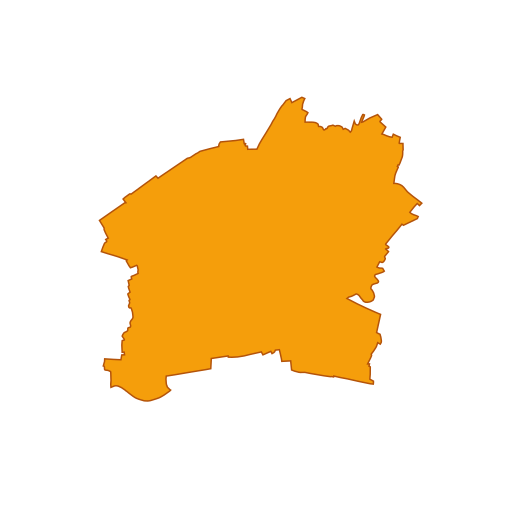 outline of Thai Binh, Thái Bình, Vietnam, rotated 23°
{"feature_id": "81297802B85054848055124", "entity_name": "Thai Binh", "entity_type": "district", "adm_level": 2, "iso_a3": "VNM", "parent_name": "Vietnam", "parent_adm1": "Thái Bình", "projection": "orthographic", "projection_center": [106.35, 20.453], "detail": "fine", "context": "isolated", "style": "filled", "palette": "amber", "viewbox_px": 512, "rotation_deg": 23, "n_neighbors": 0, "source": "geoboundaries", "source_scale": "gbopen_adm2", "svg_char_len": 6090}
<svg xmlns="http://www.w3.org/2000/svg" viewBox="0 0 512 512"><g transform="rotate(23 256 256)"><path d="M225.8,97.8L223.0,101.2L221.7,106.4L221.1,108.0L220.5,110.9L220.1,113.6L219.7,117.0L219.6,119.8L219.3,122.6L218.8,125.3L218.5,129.2L217.1,139.0L215.9,146.6L215.3,151.4L215.1,157.3L206.7,161.0L205.2,158.2L203.3,158.8L202.1,157.6L202.6,157.2L202.7,156.9L202.7,156.7L202.3,156.6L201.2,157.1L198.9,153.5L192.2,157.6L178.7,164.9L178.5,166.0L178.3,167.1L178.5,168.8L178.9,169.8L171.8,175.1L163.6,181.5L163.0,182.4L162.0,184.0L160.8,185.3L157.2,190.8L156.5,191.5L154.6,192.9L137.1,220.0L135.4,222.7L132.6,221.4L116.9,247.8L115.8,248.0L115.4,248.3L112.4,253.3L111.4,255.5L115.4,257.8L114.3,258.5L106.7,270.5L98.0,284.4L104.9,289.3L105.2,289.5L105.8,290.9L106.1,291.3L108.5,293.6L113.0,297.3L111.2,299.5L112.7,300.5L112.9,301.0L112.8,301.5L111.9,302.7L111.6,303.7L111.6,305.2L111.6,307.9L111.9,312.4L118.5,311.8L124.4,311.1L129.3,310.6L138.9,310.0L138.5,311.2L142.9,314.6L145.0,315.9L146.6,314.5L149.8,311.2L150.5,311.4L153.0,314.9L153.2,316.1L153.6,317.1L154.3,318.1L151.3,321.5L149.6,323.1L149.3,323.5L149.2,323.8L149.3,324.0L150.6,325.7L147.9,328.6L150.7,332.5L150.7,332.9L150.3,333.9L151.2,335.2L154.2,338.5L152.9,340.8L152.9,341.1L153.1,341.4L154.9,343.4L156.5,344.8L157.0,345.3L157.0,345.6L156.5,346.4L156.6,346.7L157.8,348.1L158.0,348.5L158.1,349.3L158.1,351.2L158.2,351.8L158.6,352.3L158.9,352.8L159.6,353.1L159.9,353.2L161.0,352.7L161.3,352.7L161.8,353.1L164.2,355.9L165.7,358.5L166.5,360.0L166.8,360.8L166.8,361.3L166.7,362.5L166.2,364.1L166.0,365.7L166.1,366.5L166.4,367.2L167.7,368.9L168.0,369.5L168.1,370.5L167.7,371.0L166.6,371.8L166.3,372.2L166.4,373.1L167.0,374.4L166.9,375.2L166.1,376.4L164.8,377.8L164.4,378.6L164.1,380.6L164.1,381.8L164.1,382.0L164.6,382.4L166.8,383.8L167.4,384.3L167.6,384.6L167.5,384.9L167.3,385.1L165.9,386.1L166.2,387.2L167.3,390.4L170.4,396.9L172.2,396.0L173.6,398.3L171.1,399.5L172.2,404.3L164.6,407.1L156.9,409.8L157.8,412.3L158.4,416.9L159.0,416.8L159.4,416.9L159.7,417.2L160.9,419.5L161.3,419.8L161.6,419.9L162.1,419.8L164.2,419.2L165.4,419.1L167.1,419.2L167.5,419.4L168.3,421.0L171.2,427.3L172.4,430.8L173.8,433.6L176.3,431.1L177.1,430.5L178.5,429.9L180.1,429.6L183.6,429.7L187.6,430.5L188.7,430.9L189.9,431.1L192.6,431.9L197.8,433.2L200.1,433.6L201.5,433.7L204.4,433.6L209.6,433.0L210.5,432.7L212.4,432.0L213.5,431.5L215.4,430.3L220.0,426.4L222.1,424.5L223.4,423.0L225.7,419.9L227.5,417.0L229.4,413.9L229.8,412.8L229.1,412.7L226.3,411.6L225.4,411.1L224.6,410.1L224.0,409.6L223.1,408.2L221.2,404.5L220.3,401.6L227.9,396.9L240.7,388.7L254.0,380.3L258.4,377.4L254.9,367.8L269.4,358.9L270.0,359.9L273.2,358.7L278.5,356.1L284.1,352.6L289.3,348.7L298.4,342.2L301.0,344.3L306.9,338.0L308.9,339.6L310.1,338.0L310.4,337.3L310.6,336.8L310.6,335.1L314.1,333.1L316.6,336.5L319.7,340.9L320.9,342.9L328.9,339.0L333.3,347.0L336.5,346.9L340.7,346.3L342.2,345.9L346.5,344.0L352.3,342.8L365.4,339.7L371.7,338.0L372.8,337.4L374.7,337.0L374.5,336.1L381.2,334.9L388.0,333.4L399.0,331.4L411.0,329.0L414.0,328.1L413.7,326.9L413.0,325.3L408.9,324.9L407.4,320.4L404.6,313.6L404.3,313.3L403.1,313.3L402.6,311.0L400.9,311.7L401.3,305.2L401.3,303.3L401.3,302.6L401.1,302.1L400.4,301.3L401.3,297.9L402.0,294.0L402.2,292.3L401.9,288.2L404.8,288.6L405.0,287.1L405.0,286.5L404.8,285.7L404.5,285.0L402.6,281.9L401.3,280.3L400.8,279.6L398.2,279.5L396.9,279.3L393.5,261.1L387.3,261.1L377.5,260.9L368.0,260.5L356.3,259.6L357.2,257.8L358.1,257.0L359.1,256.3L360.3,255.1L362.0,253.1L362.9,251.9L363.2,251.7L365.0,251.7L366.4,252.1L369.1,253.8L371.3,254.8L372.1,255.4L373.0,255.7L374.7,255.8L376.6,255.1L378.6,253.8L379.9,252.5L381.0,250.9L381.1,250.4L381.0,247.4L380.7,246.6L378.7,244.0L376.7,242.4L375.6,241.7L374.6,241.3L374.4,241.1L374.1,240.1L374.0,239.1L374.0,238.4L374.1,237.4L374.3,237.0L374.6,236.6L375.7,235.5L378.3,233.4L378.8,232.4L378.8,232.0L378.7,231.5L378.4,231.2L377.5,230.6L376.2,229.9L374.6,229.3L373.4,228.6L373.0,228.1L372.9,227.4L373.0,226.8L373.7,225.9L374.8,225.1L378.4,221.9L379.6,220.6L380.0,219.8L378.9,219.0L377.5,217.9L376.6,218.0L374.6,218.8L373.0,219.0L371.6,218.9L372.1,213.0L374.5,212.7L375.0,212.4L375.3,212.0L375.6,211.5L376.0,210.1L376.1,208.1L375.9,207.7L374.9,206.8L374.7,206.5L374.6,206.0L376.3,200.2L374.6,199.5L373.0,199.1L372.6,198.9L372.7,198.6L374.7,197.1L374.9,196.7L374.9,196.4L374.9,196.1L374.7,195.8L373.2,195.3L371.2,194.9L370.8,194.6L370.7,194.2L373.6,184.1L375.9,176.8L377.9,169.7L379.7,170.1L389.9,158.5L389.9,156.3L388.0,156.2L385.0,156.4L382.9,156.3L381.7,156.1L380.5,155.7L382.4,148.9L383.9,144.7L386.8,145.7L388.0,142.6L382.8,141.2L377.1,139.8L372.4,138.4L370.2,137.7L365.0,135.0L362.7,134.2L360.3,134.0L358.0,134.2L355.7,134.8L354.5,135.3L353.2,130.6L352.5,127.9L352.2,125.0L352.2,120.4L352.3,119.0L352.2,118.5L351.1,118.3L351.2,116.5L352.1,116.4L352.2,114.1L351.9,107.5L351.6,106.2L351.3,105.2L350.7,103.6L350.1,102.3L349.9,100.7L347.3,95.0L344.1,96.3L343.7,96.2L342.9,92.8L342.4,90.4L338.2,90.4L334.8,90.2L334.9,93.5L334.6,93.6L332.1,94.1L329.1,94.3L325.8,94.3L324.2,94.5L325.1,86.6L317.9,84.1L317.5,83.8L317.5,83.4L318.3,81.3L318.3,81.0L312.7,78.3L306.8,84.5L302.2,90.6L301.0,91.6L300.9,89.9L300.9,85.5L300.8,84.3L300.7,83.8L299.5,83.8L299.0,84.1L298.8,87.3L299.2,93.7L299.0,95.0L298.7,95.5L297.7,95.9L296.5,95.8L295.7,95.5L293.7,93.4L294.6,101.2L294.8,102.1L294.9,103.4L294.7,104.4L294.4,105.2L292.6,104.3L291.7,104.0L289.5,103.8L288.2,103.7L286.8,105.3L285.2,103.9L284.4,103.6L282.4,103.5L281.5,103.6L280.6,103.9L279.5,104.4L278.9,104.8L278.4,105.6L275.7,105.5L274.5,106.5L272.4,107.9L272.0,108.4L271.8,108.8L271.6,110.5L271.3,111.3L270.8,111.3L270.6,111.4L270.4,111.8L270.2,112.4L269.9,113.0L269.4,113.4L268.8,113.3L268.2,112.9L267.6,112.2L266.7,111.7L266.2,111.6L265.0,111.6L264.4,111.7L263.0,112.3L261.8,110.6L261.2,110.2L259.8,110.0L258.5,110.0L256.1,110.6L254.1,111.4L248.9,113.6L248.0,111.5L247.2,108.7L247.3,107.4L247.7,105.4L247.8,103.8L246.1,103.4L241.3,103.1L240.9,102.9L240.6,101.2L239.6,98.1L239.3,94.5L239.4,92.0L236.2,92.0L229.1,100.8L225.8,97.8Z" fill="#f59e0b" stroke="#b45309" stroke-width="1.5"/></g></svg>